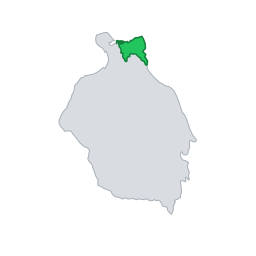 Constanta highlighted on a map of Romania, rotated 241°
{"feature_id": "ROU-133", "entity_name": "Constanta", "entity_type": "County", "adm_level": 1, "iso_a3": "ROU", "parent_name": "Romania", "parent_adm1": "", "projection": "robinson", "projection_center": [28.37, 44.259], "detail": "fine", "context": "in_parent", "style": "filled", "palette": "green", "viewbox_px": 256, "rotation_deg": 241, "n_neighbors": 0, "source": "natural_earth", "source_scale": "10m", "svg_char_len": 5602}
<svg xmlns="http://www.w3.org/2000/svg" viewBox="0 0 256 256"><g transform="rotate(241 128 128)"><path d="M193.9,140.8L196.0,143.5L198.8,144.8L205.1,146.3L205.7,146.1L205.7,145.9L205.3,145.5L205.2,145.0L205.5,144.4L206.4,144.4L207.9,144.9L210.6,144.1L214.6,142.0L218.3,141.6L221.6,142.9L223.4,144.3L224.5,145.7L224.1,147.3L223.9,148.4L223.1,152.8L222.5,154.4L221.5,156.2L211.0,158.4L211.7,157.4L211.5,155.5L211.0,154.1L212.0,152.9L209.6,152.4L208.6,153.1L207.8,154.3L208.5,157.1L207.4,158.6L207.0,159.5L206.9,161.5L206.2,162.4L206.1,163.4L207.8,163.1L207.0,164.9L203.9,168.3L202.8,170.3L203.1,178.3L201.7,183.0L201.6,184.5L198.2,184.5L197.2,184.4L194.1,183.7L190.5,182.4L188.4,179.9L187.1,178.2L184.1,179.0L183.5,178.8L182.7,177.9L180.4,177.3L177.6,177.3L171.4,174.1L170.7,173.6L165.7,174.1L158.3,175.7L152.7,177.7L146.8,181.2L144.4,183.8L141.7,185.2L137.7,186.3L130.8,185.9L123.5,184.6L115.7,183.1L111.5,183.9L105.8,183.3L97.3,181.6L90.9,181.1L84.5,182.1L83.5,181.3L83.3,180.4L83.6,179.2L84.5,178.2L86.0,177.4L86.9,176.6L87.0,175.9L85.3,174.6L81.8,172.9L80.4,171.8L80.0,171.5L80.0,170.5L79.3,169.7L77.9,169.2L76.9,168.2L76.2,166.7L76.4,165.3L77.5,164.0L78.9,163.4L80.5,163.6L81.2,163.3L81.0,162.3L79.4,161.2L76.4,159.8L73.4,160.5L70.2,163.5L68.0,164.0L66.7,162.0L64.3,160.8L60.9,160.4L58.7,159.7L58.0,158.5L56.5,157.6L53.2,156.7L53.1,155.8L53.7,155.6L54.9,155.5L56.5,155.3L56.8,154.8L56.8,154.3L55.5,153.7L54.3,153.3L53.6,152.9L53.2,152.5L53.2,152.0L53.5,151.7L54.1,151.7L54.6,151.4L54.9,150.3L55.6,149.5L56.1,149.1L56.1,148.5L55.6,147.9L54.9,147.4L53.9,147.0L50.8,146.1L49.2,144.9L48.2,144.8L46.7,144.1L45.1,143.0L43.7,141.4L42.1,140.4L41.8,140.0L41.7,139.6L42.0,139.1L42.0,138.7L41.7,137.1L42.0,135.5L42.0,134.0L42.0,133.3L41.7,133.1L41.5,133.3L41.1,133.6L40.7,133.6L39.6,132.5L38.2,130.2L37.2,129.5L35.3,128.4L33.8,127.6L32.7,125.7L31.5,124.2L32.3,123.6L37.0,122.7L39.1,123.6L40.1,123.3L41.1,122.6L41.6,122.0L41.7,121.4L42.2,120.7L43.8,120.4L47.9,120.8L49.6,119.8L50.2,119.3L50.7,118.0L51.1,117.0L52.6,116.5L52.6,115.6L52.5,114.6L53.4,112.5L54.0,111.6L54.8,111.2L55.8,110.6L57.6,109.1L57.3,107.9L57.7,107.0L59.5,104.7L61.0,102.6L61.0,101.5L61.3,100.5L62.5,99.5L63.9,98.2L65.7,94.0L66.3,93.2L67.5,92.4L68.3,91.7L68.5,88.9L69.3,88.1L70.8,87.2L72.3,85.8L73.6,84.0L74.5,83.3L75.8,83.0L77.1,82.4L78.6,82.1L80.1,82.5L81.0,82.3L82.4,81.5L86.0,78.3L86.5,77.7L87.3,77.3L90.1,76.2L90.9,75.1L91.9,74.2L93.2,74.2L97.2,76.6L101.7,76.5L102.5,76.6L102.8,76.6L103.3,76.8L109.2,78.0L110.1,77.9L110.3,77.8L112.7,78.7L114.8,78.6L116.8,77.9L118.9,77.7L120.8,78.1L122.2,79.5L125.9,82.4L127.0,83.5L128.7,83.3L130.7,82.8L132.6,80.8L138.6,78.6L143.1,78.1L147.6,77.2L152.7,76.6L154.2,74.7L155.0,73.5L155.6,71.2L158.4,70.6L161.0,70.1L161.9,69.8L163.8,69.7L165.3,69.9L167.6,71.0L169.2,72.5L169.8,73.6L171.2,75.2L172.6,77.4L174.2,80.4L174.5,81.9L175.1,83.5L176.3,85.5L178.5,87.7L178.8,88.1L179.9,89.6L181.8,93.0L183.5,94.4L184.9,95.9L185.6,97.4L186.7,98.8L189.1,100.6L191.1,102.2L192.7,106.9L193.8,109.1L194.5,110.7L194.1,114.1L194.6,115.5L193.6,118.2L192.0,123.4L191.6,127.6L191.9,129.9L191.9,131.4L192.3,132.3L192.7,134.2L192.8,135.9L192.2,136.3L191.4,136.7L191.1,137.1L191.8,137.8L192.9,139.2L193.9,140.8Z" fill="#d9dde1" stroke="#a8b0b8" stroke-width="1"/><path d="M176.8,177.5L176.5,177.3L176.1,176.7L175.9,176.5L174.7,176.0L174.3,175.6L174.4,175.0L174.1,174.7L174.3,174.4L174.6,174.2L174.9,174.0L178.0,174.4L178.4,174.3L178.8,174.1L179.2,173.9L179.3,173.6L179.5,173.4L180.6,172.8L181.4,172.6L183.1,172.6L184.0,172.5L184.4,172.2L185.1,171.7L188.1,171.0L188.8,170.7L189.4,170.1L190.0,168.8L190.5,167.7L191.5,166.8L191.8,166.5L191.7,166.1L191.6,165.6L191.4,165.1L191.3,164.9L190.9,164.9L190.4,164.7L189.9,164.5L189.7,164.2L189.8,163.9L189.9,163.7L189.9,162.8L190.1,162.5L190.2,161.9L190.2,161.7L189.1,160.5L188.7,160.3L188.2,160.2L187.8,160.1L187.4,159.7L187.1,159.3L187.0,158.8L187.1,158.4L187.4,158.2L187.7,158.0L188.0,157.9L188.4,157.9L188.8,158.0L189.4,158.4L189.8,158.4L190.2,158.3L190.6,157.9L192.5,157.8L193.5,158.2L194.4,158.9L195.3,159.7L196.2,159.5L196.6,158.4L197.8,158.4L198.9,159.5L200.3,160.0L202.0,160.0L203.3,159.7L204.5,160.2L205.7,160.4L205.6,160.8L205.6,161.2L205.8,161.3L206.9,161.2L207.4,160.9L207.8,160.5L208.3,160.0L208.0,159.5L209.4,159.9L209.7,160.1L209.8,160.6L209.6,161.1L209.3,161.5L208.8,161.6L209.2,161.2L209.5,160.7L209.6,160.3L209.1,160.0L209.2,160.4L209.2,160.5L208.8,160.6L208.5,160.4L208.4,160.4L208.2,160.6L207.7,161.0L207.1,161.6L206.7,161.8L205.7,162.2L205.4,162.5L205.8,161.9L205.8,161.6L205.5,161.6L205.3,161.6L205.1,161.8L205.0,162.1L205.3,162.1L205.1,162.4L205.2,162.6L205.4,162.7L205.7,162.8L204.9,163.1L204.6,163.3L204.6,163.7L204.8,163.5L204.9,163.4L205.2,163.5L205.4,163.7L205.3,164.0L205.0,164.7L204.8,165.4L204.9,165.9L205.1,165.9L205.3,165.7L205.5,164.9L205.7,164.7L206.1,164.4L206.7,163.7L207.1,163.3L207.5,163.2L207.9,163.1L208.1,162.8L208.3,162.4L208.5,162.0L208.4,162.5L208.2,162.9L206.9,165.2L205.9,165.9L204.0,168.1L203.8,168.7L203.8,169.0L203.5,168.8L203.2,168.9L202.9,169.1L202.7,169.4L202.6,169.8L202.5,170.1L202.5,171.1L202.6,171.4L202.9,171.9L203.2,172.8L203.3,173.1L203.2,173.4L203.3,173.5L203.1,173.4L202.8,173.4L202.6,173.6L202.5,173.9L202.6,174.4L203.0,176.4L203.3,177.8L203.3,178.1L203.1,178.4L203.0,178.8L202.7,179.6L202.6,179.9L202.1,180.8L202.1,181.1L201.7,182.5L201.5,183.0L201.6,183.4L201.5,183.7L201.5,184.0L201.4,184.5L198.4,184.6L194.0,184.0L189.8,182.2L189.1,181.7L188.2,178.8L187.7,178.0L186.5,178.1L185.1,178.9L183.7,179.2L182.9,178.2L182.4,177.2L181.9,177.1L180.7,177.4L176.8,177.5Z" fill="#22c55e" stroke="#15803d" stroke-width="1.5"/></g></svg>